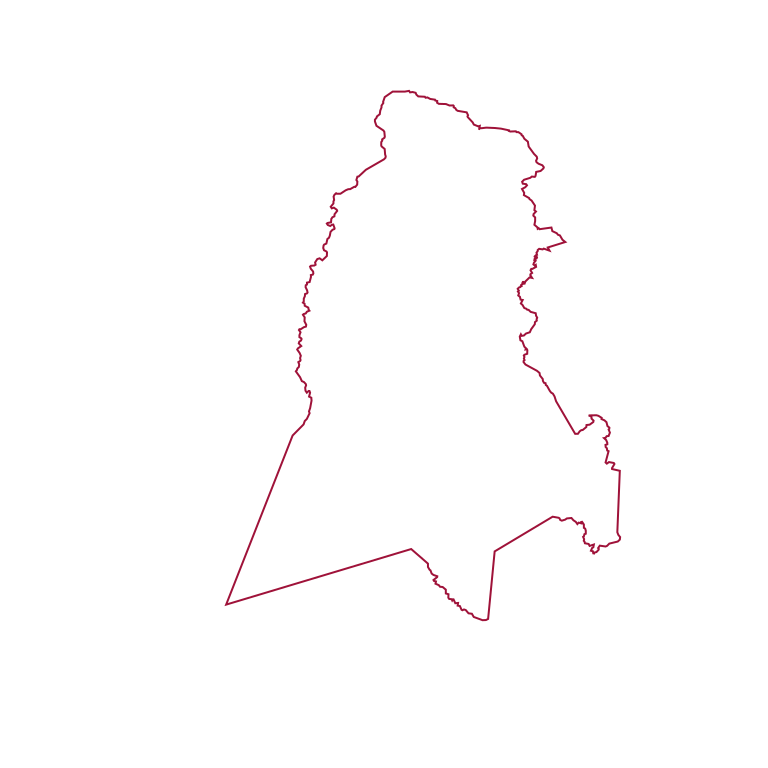 Las Tablas, Los Santos, Panama (Albers equal-area conic projection), rotated 333°
{"feature_id": "35544464B24860146435947", "entity_name": "Las Tablas", "entity_type": "district", "adm_level": 2, "iso_a3": "PAN", "parent_name": "Panama", "parent_adm1": "Los Santos", "projection": "albers", "projection_center": [-80.265, 7.651], "detail": "fine", "context": "isolated", "style": "outline", "palette": "rose", "viewbox_px": 768, "rotation_deg": 333, "n_neighbors": 0, "source": "geoboundaries", "source_scale": "gbopen_adm2", "svg_char_len": 6166}
<svg xmlns="http://www.w3.org/2000/svg" viewBox="0 0 768 768"><g transform="rotate(333 384 384)"><path d="M311.0,354.4L311.3,356.7L313.7,356.0L314.4,356.4L314.2,358.2L311.5,361.2L313.0,363.2L311.9,365.9L307.2,372.0L304.7,374.4L304.5,376.2L299.4,380.1L296.6,381.0L294.0,383.5L279.2,388.4L143.2,508.9L333.3,543.4L341.6,564.0L340.1,567.0L340.3,570.2L340.8,571.2L340.4,574.5L341.4,576.6L344.2,579.5L343.7,580.2L339.1,581.1L339.1,582.1L340.7,583.5L339.2,585.3L341.5,588.1L341.9,590.1L344.1,591.5L345.7,595.3L344.0,598.7L346.0,600.6L344.3,603.6L344.5,605.1L346.6,606.5L346.5,607.9L347.8,607.2L348.2,607.4L348.0,611.7L350.6,612.7L349.0,614.9L350.8,616.3L350.6,620.4L351.2,621.2L352.9,621.2L354.2,622.5L355.2,626.7L358.0,628.6L358.2,632.3L364.6,639.2L367.7,640.6L370.1,640.6L406.6,583.4L474.0,578.8L478.9,582.5L479.4,583.4L479.3,585.1L480.4,586.5L483.9,587.1L485.9,586.8L490.2,588.5L490.9,591.4L492.3,593.9L492.7,596.6L494.5,595.9L496.5,597.7L497.0,596.5L497.9,596.7L498.3,599.9L496.8,602.9L497.6,604.2L497.2,606.3L495.8,609.0L494.4,608.8L493.0,610.4L492.0,610.6L491.9,613.1L490.8,614.4L491.1,615.5L490.7,617.1L493.7,619.4L493.7,621.6L498.1,622.3L496.4,624.5L495.0,624.6L492.7,626.5L494.2,627.9L493.6,629.9L494.3,630.4L495.0,629.7L497.0,630.2L500.0,629.1L500.5,628.5L500.3,627.4L502.9,626.0L507.7,629.4L509.3,629.5L512.3,628.5L520.8,630.5L523.5,629.7L524.9,627.6L524.3,624.8L524.6,622.0L554.7,568.4L548.6,563.3L548.9,562.5L553.0,559.9L552.9,558.7L549.0,555.7L546.4,556.1L545.8,554.5L553.6,545.8L552.7,544.6L553.4,542.4L552.9,540.8L553.7,538.8L555.6,539.1L556.3,537.7L556.5,534.8L555.5,532.1L557.0,532.5L558.7,531.6L560.5,532.3L563.2,529.9L563.5,526.5L564.4,526.2L565.0,525.2L564.0,522.9L564.9,519.0L563.9,516.4L561.9,514.0L562.6,513.0L560.6,509.7L559.1,508.3L552.1,504.9L554.0,507.3L553.2,509.1L554.1,511.8L553.2,512.9L548.8,513.6L545.8,512.5L544.7,514.2L540.1,515.2L538.9,514.7L536.9,515.0L534.2,516.4L531.7,515.2L529.5,477.5L530.3,472.5L530.1,469.3L529.0,467.5L528.6,465.3L528.4,459.6L527.7,458.3L528.3,456.6L527.1,455.6L527.0,453.4L527.7,451.6L526.8,447.2L527.6,444.8L526.3,441.7L518.9,430.9L518.3,427.8L518.9,426.8L520.1,426.5L520.2,424.8L521.4,423.7L521.5,422.1L522.4,421.7L525.3,422.1L527.1,418.9L527.1,417.8L525.8,417.5L526.7,416.5L526.0,414.5L526.7,408.7L525.4,407.0L526.5,403.4L528.5,401.9L528.5,403.6L530.7,404.3L533.4,403.5L537.4,404.1L540.0,402.0L545.5,399.2L546.6,397.4L548.9,396.9L549.4,395.5L550.6,394.5L550.5,392.2L551.3,389.8L547.4,386.3L546.5,383.6L545.3,382.8L545.0,381.6L543.5,380.0L543.3,376.4L542.5,374.4L545.7,372.1L544.0,370.8L544.7,368.0L543.8,366.1L545.6,364.3L545.3,362.4L546.5,362.1L546.3,359.9L548.0,359.3L549.5,359.5L550.2,358.9L551.0,359.2L551.3,358.0L553.7,357.9L553.2,356.8L554.1,356.1L554.7,356.4L555.1,358.1L556.6,356.8L562.1,355.1L564.1,356.7L563.8,353.3L564.5,352.6L566.4,352.3L566.2,349.2L567.5,348.3L568.4,348.8L572.7,348.7L573.3,346.7L572.1,346.9L571.4,345.3L572.7,344.0L574.9,343.1L574.1,342.0L574.6,341.4L575.9,341.4L575.6,340.4L576.2,340.3L577.0,341.2L577.7,340.9L577.8,340.2L576.6,339.5L576.3,338.7L577.9,338.2L579.0,338.4L579.5,336.2L581.2,335.4L581.8,334.4L583.6,334.0L586.5,336.1L587.8,335.9L592.0,340.3L591.9,336.7L610.0,339.8L608.5,336.5L608.2,331.5L606.7,329.9L606.4,328.1L603.4,324.2L604.2,320.6L592.9,316.7L592.6,315.4L591.4,315.5L591.8,314.1L590.3,310.4L592.6,307.5L594.3,304.2L593.5,301.8L594.4,300.5L597.7,299.3L596.9,297.4L599.5,293.6L598.8,287.6L597.6,285.3L597.7,284.2L594.4,279.2L595.7,277.3L595.5,272.9L599.2,272.8L601.6,271.9L601.4,270.5L598.6,268.5L598.9,266.5L601.5,265.6L607.9,266.7L609.9,266.3L612.4,267.9L613.5,267.4L615.9,264.1L620.2,265.3L623.9,264.3L624.8,263.4L624.4,261.0L621.7,257.9L620.6,255.7L620.8,254.2L622.9,252.5L623.3,250.8L622.1,247.0L620.7,238.1L622.2,233.4L620.4,229.2L620.3,225.9L619.6,224.9L619.9,223.9L618.1,220.6L616.4,219.7L616.2,218.7L611.2,216.4L610.1,215.2L610.5,214.7L604.2,209.6L599.1,206.3L591.5,202.0L587.1,200.4L585.6,199.4L584.1,200.6L586.5,197.5L584.9,197.2L581.8,193.6L581.8,191.2L579.8,184.2L579.9,183.4L580.9,182.7L581.0,179.5L573.6,174.0L572.8,172.4L572.8,170.7L571.7,169.1L572.4,168.0L572.2,167.2L568.8,165.6L566.3,162.7L560.1,159.3L559.0,157.5L559.9,156.0L558.4,154.7L558.5,153.8L554.6,151.0L552.8,148.4L551.0,147.8L550.8,146.6L545.1,143.3L544.2,140.8L544.4,138.9L542.0,136.8L539.6,136.0L539.4,134.2L535.2,132.9L524.5,127.4L514.9,128.7L511.2,132.3L511.0,133.3L508.2,134.8L507.3,136.5L504.8,138.7L502.7,141.7L499.1,142.4L498.4,143.3L495.9,144.4L495.1,146.0L494.5,150.5L498.6,157.9L498.8,159.4L497.0,164.0L496.2,164.8L493.4,165.2L492.9,166.4L491.4,167.2L489.9,170.0L489.7,171.2L491.3,174.9L489.2,180.0L488.9,181.9L488.0,183.1L486.0,183.8L465.1,184.9L455.6,187.6L454.4,187.2L452.0,189.7L452.2,191.5L450.6,194.2L447.9,195.4L447.1,194.8L442.3,195.0L440.6,194.2L437.8,194.0L431.6,194.7L428.2,193.0L427.9,192.3L425.8,192.9L424.2,194.1L423.1,197.4L421.9,198.3L420.9,200.2L417.0,201.9L417.2,203.8L419.4,204.1L421.0,207.3L420.9,208.5L417.0,210.3L415.9,212.1L413.8,212.0L412.0,213.0L410.2,215.9L406.8,214.9L405.9,215.1L406.1,216.8L407.8,218.8L410.1,218.5L411.2,218.9L410.7,222.8L410.1,223.4L408.2,223.2L405.4,224.2L403.1,227.2L401.4,228.7L399.4,229.1L396.4,232.7L394.0,232.6L393.1,233.1L391.6,235.2L391.3,237.6L392.9,239.8L393.0,240.8L391.2,244.0L385.2,245.8L383.7,242.8L381.3,242.4L377.8,244.4L377.2,246.7L375.7,246.8L372.6,245.5L371.4,245.8L371.1,248.1L371.9,251.6L371.2,253.5L370.2,254.2L368.3,253.7L367.5,255.5L364.0,259.4L361.4,258.7L360.5,260.4L359.1,260.5L358.1,262.1L358.0,265.7L357.4,267.8L356.5,268.3L354.5,268.0L353.3,269.9L351.3,271.5L350.0,274.0L348.7,274.7L349.7,276.3L348.9,278.3L351.2,281.5L350.6,283.7L350.8,284.8L348.1,284.6L346.3,285.6L344.1,285.2L343.2,285.5L343.6,288.6L341.6,292.0L341.6,296.0L340.5,297.4L338.3,297.0L334.7,297.4L333.5,296.8L332.7,297.3L333.1,300.0L330.8,302.1L329.9,303.9L331.0,305.7L331.0,306.5L329.8,307.6L327.8,307.8L326.5,309.1L327.5,312.6L323.4,313.2L322.3,313.9L322.9,318.0L322.7,321.1L321.0,322.8L320.5,324.8L319.8,325.4L317.6,325.6L317.3,328.2L315.8,330.2L313.8,330.8L312.9,331.9L311.2,332.7L312.3,339.8L312.1,344.1L313.6,346.0L314.3,348.6L314.0,349.8L312.1,351.5L311.0,354.4Z" fill="none" stroke="#9f1239" stroke-width="2"/></g></svg>